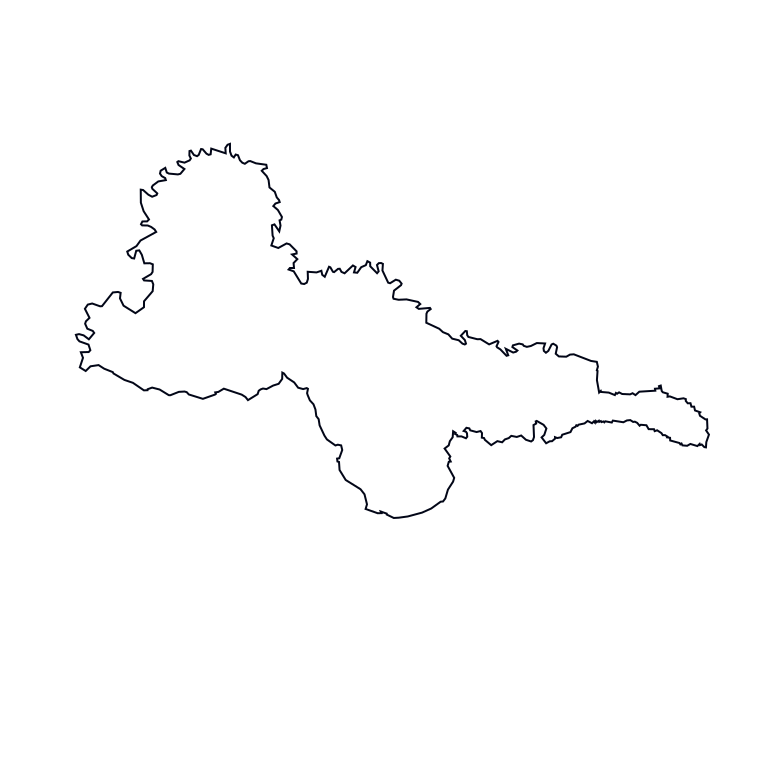 Nyarugenge, Kigali City, Rwanda (Robinson projection), rotated 121°
{"feature_id": "39286606B91255837333217", "entity_name": "Nyarugenge", "entity_type": "district", "adm_level": 2, "iso_a3": "RWA", "parent_name": "Rwanda", "parent_adm1": "Kigali City", "projection": "robinson", "projection_center": [30.031, -1.971], "detail": "fine", "context": "isolated", "style": "outline", "palette": "ink", "viewbox_px": 768, "rotation_deg": 121, "n_neighbors": 0, "source": "geoboundaries", "source_scale": "gbopen_adm2", "svg_char_len": 6134}
<svg xmlns="http://www.w3.org/2000/svg" viewBox="0 0 768 768"><g transform="rotate(121 384 384)"><path d="M500.6,335.4L498.0,322.8L496.0,319.7L495.0,321.1L493.7,314.9L494.5,314.4L493.8,306.6L491.0,302.5L485.3,295.4L474.6,285.1L466.4,279.4L455.7,274.8L454.3,272.9L450.5,272.5L441.6,274.8L432.1,274.5L428.3,275.5L421.4,287.3L417.3,288.4L416.1,286.9L414.2,289.8L412.0,289.8L408.1,298.8L403.3,296.9L399.1,298.1L394.3,297.7L388.9,300.4L389.0,297.4L390.2,297.4L390.0,295.0L391.1,294.1L389.0,290.6L388.3,285.8L386.3,285.5L383.5,287.5L382.7,289.1L383.2,291.5L379.1,290.8L378.1,288.0L379.3,286.2L377.5,279.9L374.6,277.0L375.6,274.7L379.6,272.5L378.8,270.4L379.9,268.8L381.2,260.6L374.6,257.4L373.1,252.7L369.2,251.8L366.1,249.2L362.9,248.2L361.0,242.9L357.5,239.9L358.7,233.6L357.5,228.3L355.4,227.4L352.2,228.1L342.2,234.7L339.5,233.2L337.9,234.7L337.0,234.1L336.8,226.2L338.5,221.9L345.1,220.4L348.6,221.4L351.3,214.5L347.7,212.4L346.5,210.5L342.6,209.2L341.5,210.0L341.1,207.7L338.4,204.7L335.7,205.1L329.2,199.4L324.9,199.7L321.9,197.8L320.3,197.9L320.2,196.5L318.7,196.3L314.5,191.8L310.8,190.4L310.5,185.5L308.2,184.9L308.5,183.5L307.5,184.1L307.5,182.8L306.6,183.2L306.8,181.9L304.8,180.9L305.6,180.0L304.1,179.0L304.6,177.9L303.1,176.6L303.4,175.4L302.0,175.1L299.7,168.9L297.5,169.0L293.5,159.1L290.1,157.0L288.1,154.3L288.2,150.9L287.1,149.6L286.9,147.0L288.1,143.4L286.7,142.9L284.2,137.8L286.4,133.9L283.7,129.3L285.0,127.7L283.0,126.0L283.2,120.9L284.3,118.7L283.1,116.8L283.1,113.9L283.9,113.8L282.8,111.1L285.0,109.6L282.4,100.3L283.1,98.9L281.8,98.3L282.9,96.6L280.8,92.3L277.6,90.5L275.8,83.4L272.8,82.6L273.6,81.7L272.2,80.5L273.1,76.9L272.5,75.4L267.8,77.8L260.0,79.4L257.9,84.0L255.6,83.8L247.9,88.9L248.8,90.2L248.5,96.8L246.8,98.7L245.4,98.4L246.5,103.8L243.7,106.5L245.1,108.8L242.6,111.4L244.1,113.7L243.1,116.6L241.5,117.5L242.0,119.9L245.9,124.6L247.4,132.6L248.9,134.4L246.2,135.8L247.5,140.8L246.9,142.4L242.8,146.0L244.2,147.2L245.8,145.5L248.5,149.3L250.0,148.0L259.1,161.2L264.0,162.7L263.9,166.2L266.1,167.7L269.9,174.7L270.1,178.2L272.3,179.2L272.2,180.6L274.6,180.4L275.6,186.9L279.0,193.8L278.3,194.6L280.5,195.2L271.0,203.5L262.8,207.7L262.7,208.6L258.9,209.6L255.4,213.0L257.6,218.4L260.8,236.6L263.0,239.7L266.7,241.8L270.3,248.3L269.6,252.4L263.3,254.6L262.3,256.0L262.3,259.7L263.8,260.7L271.0,260.2L273.8,261.3L273.3,264.0L271.2,265.7L266.3,266.8L270.2,274.1L275.8,277.7L278.6,280.7L279.3,283.9L278.6,285.5L279.8,289.0L284.5,293.4L286.2,293.0L286.6,286.9L288.3,287.4L290.5,289.5L291.1,297.7L295.4,292.3L296.7,293.5L294.4,302.1L294.3,305.9L293.7,307.0L289.0,307.5L288.5,308.9L295.9,314.3L295.8,324.3L297.6,327.2L300.2,335.9L299.3,337.8L296.1,340.2L296.7,341.6L303.1,343.0L304.7,337.3L307.2,334.5L308.5,335.1L309.0,337.5L308.0,342.5L310.0,348.9L308.3,354.4L309.2,360.2L308.2,365.1L309.7,379.3L301.9,383.8L299.6,384.1L295.7,382.6L295.1,383.8L301.7,392.9L301.5,395.7L296.8,394.1L296.1,397.1L299.9,408.3L304.3,414.9L306.0,419.7L304.8,421.1L298.8,423.5L290.5,420.3L288.9,420.6L287.6,424.1L288.5,427.6L294.5,430.7L295.0,432.6L287.5,443.8L281.6,446.8L281.8,448.8L283.1,450.7L285.6,451.3L290.2,446.6L292.6,447.0L290.2,456.4L287.1,458.4L287.3,461.5L291.5,460.8L295.6,463.7L302.4,464.2L303.8,467.2L298.4,468.6L298.4,471.7L309.4,474.8L309.8,478.2L308.0,481.3L309.0,482.7L313.8,484.4L314.1,485.6L311.6,490.1L311.8,491.5L322.6,490.0L322.2,493.2L319.2,496.0L323.1,499.3L327.1,507.2L333.1,503.3L336.9,502.4L339.4,503.9L340.5,506.7L333.9,519.4L335.0,524.7L333.0,524.4L330.9,520.9L326.9,523.8L321.6,522.6L320.3,529.5L317.2,526.1L315.3,527.3L312.9,536.8L313.7,539.9L321.9,544.7L323.3,551.9L315.8,553.6L314.2,555.9L305.7,561.8L303.6,560.1L307.1,552.4L301.5,554.3L297.5,557.8L296.0,556.7L293.4,557.5L289.5,564.6L288.5,570.5L285.2,570.0L281.8,567.1L280.4,568.7L279.3,572.0L275.5,576.6L274.5,583.4L268.6,588.0L266.2,591.7L264.2,598.6L261.8,598.0L259.2,595.5L256.7,597.8L260.8,607.4L261.8,613.5L262.9,614.9L266.9,616.7L267.3,619.4L266.4,622.7L263.1,627.0L263.7,629.3L267.1,629.4L266.8,632.3L264.1,635.7L257.5,639.7L259.5,641.3L263.3,641.6L267.8,638.5L271.2,653.3L276.4,650.9L277.9,652.3L278.0,654.8L276.2,660.3L276.8,661.8L283.1,660.8L285.0,661.6L285.6,664.9L283.4,669.7L284.5,670.7L288.4,668.5L290.2,665.7L292.4,665.8L297.0,669.0L298.9,675.0L300.2,675.5L302.1,672.9L302.5,665.8L308.7,666.8L310.5,668.6L314.4,676.7L314.6,679.1L311.4,682.8L316.2,685.3L319.0,684.4L320.3,681.6L320.2,677.6L321.6,676.0L326.6,681.8L332.9,684.4L334.9,684.4L336.0,683.1L337.4,676.5L339.2,676.3L342.9,679.2L343.1,683.5L341.8,690.4L342.7,692.6L353.8,685.8L359.7,679.0L364.0,670.2L366.6,670.8L369.1,674.8L372.2,674.6L372.6,673.0L369.8,668.1L369.3,664.5L369.7,660.2L371.0,657.6L386.4,666.6L393.3,667.2L402.7,672.3L404.9,669.8L406.0,665.1L405.1,662.8L397.4,665.0L395.5,662.6L398.0,658.1L404.0,651.6L401.0,646.8L400.5,643.8L407.1,640.1L409.8,640.2L418.0,644.7L418.8,643.0L415.2,636.0L417.4,633.1L423.6,630.1L436.7,632.3L441.8,629.3L451.3,633.5L451.0,647.6L446.6,654.4L441.5,656.7L442.1,659.4L445.2,663.6L462.5,665.8L463.6,667.3L465.3,675.6L468.5,678.8L473.6,679.1L479.0,670.5L483.8,671.8L486.3,671.2L489.4,666.8L488.5,661.0L489.5,658.7L497.7,660.0L497.0,666.5L498.3,671.1L500.5,673.4L503.4,669.9L504.3,667.0L502.4,657.6L506.3,653.1L508.7,653.6L512.9,660.2L516.6,655.5L526.4,653.3L526.5,646.4L520.0,644.7L514.8,638.4L515.0,631.7L513.5,622.6L514.3,621.3L514.2,608.6L512.3,599.8L513.1,586.5L511.1,583.5L510.2,583.9L506.5,580.9L504.3,573.5L504.4,562.7L503.6,561.3L496.4,555.8L493.2,551.1L492.6,548.9L493.5,545.9L490.0,531.6L480.1,523.4L479.0,523.0L478.1,524.3L476.1,521.9L470.5,518.9L466.4,500.5L466.5,496.0L467.9,492.3L457.8,487.1L454.3,487.9L452.2,487.0L450.2,485.4L448.9,482.1L442.4,478.2L438.1,474.4L432.1,473.9L426.6,477.0L426.5,475.1L428.5,470.3L428.9,461.8L431.4,455.7L430.0,450.7L427.3,448.1L427.3,446.7L431.5,445.2L432.9,443.6L436.2,439.1L437.7,434.0L441.2,429.6L446.4,425.5L447.8,421.9L452.6,417.9L458.9,408.5L460.9,404.4L461.7,394.0L459.8,392.3L458.7,389.1L462.1,385.8L470.7,384.1L472.1,385.8L474.4,384.0L474.0,382.4L480.6,377.8L486.0,367.4L486.3,349.9L488.6,343.9L495.9,336.6L500.6,335.4Z" fill="none" stroke="#020617" stroke-width="2"/></g></svg>